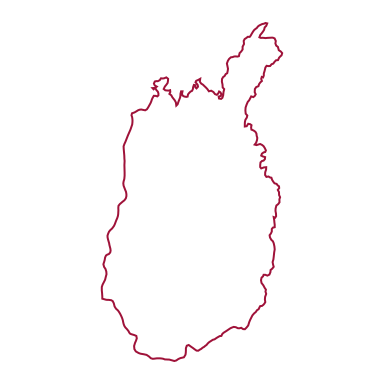 Francisco Dumont, Minas Gerais, Brazil (Equal Earth projection)
{"feature_id": "56859067B1416257735028", "entity_name": "Francisco Dumont", "entity_type": "district", "adm_level": 2, "iso_a3": "BRA", "parent_name": "Brazil", "parent_adm1": "Minas Gerais", "projection": "equal_earth", "projection_center": [-44.252, -17.434], "detail": "fine", "context": "isolated", "style": "outline", "palette": "rose", "viewbox_px": 384, "rotation_deg": 0, "n_neighbors": 0, "source": "geoboundaries", "source_scale": "gbopen_adm2", "svg_char_len": 5943}
<svg xmlns="http://www.w3.org/2000/svg" viewBox="0 0 384 384"><path d="M166.3,77.4L164.1,78.3L162.7,78.5L161.0,78.3L159.7,80.2L157.8,81.2L156.3,81.1L154.8,81.5L153.9,83.6L154.8,85.5L156.8,86.6L155.2,87.9L156.4,90.1L157.8,91.6L158.4,93.3L158.4,95.4L157.3,96.4L155.8,95.9L153.8,95.8L152.6,97.9L151.9,99.4L151.3,101.3L150.5,103.2L148.1,107.5L146.9,109.3L145.2,110.3L143.1,109.9L141.3,109.5L139.6,109.7L138.2,110.2L136.6,111.2L134.6,112.4L132.0,113.3L131.5,115.3L132.1,117.0L132.4,119.0L132.5,120.8L132.4,122.7L132.2,124.5L130.5,129.5L127.8,135.7L126.4,139.3L125.5,141.6L124.4,144.0L123.6,146.3L123.7,148.7L123.9,151.0L124.1,153.3L124.3,155.7L124.4,158.6L124.6,161.0L124.5,163.2L124.4,165.1L124.6,172.4L124.6,175.7L124.3,179.0L123.6,181.4L123.3,183.3L123.6,185.7L125.2,189.9L126.0,191.8L126.4,194.1L126.4,196.2L125.8,198.4L124.4,200.3L122.6,201.7L119.8,204.1L118.5,205.8L118.3,207.9L118.4,210.1L118.2,214.1L117.9,216.0L117.2,218.2L116.3,220.2L114.8,224.2L114.0,225.9L113.0,227.3L112.0,228.6L110.3,230.1L109.0,231.7L108.1,233.8L107.5,235.7L107.6,237.5L108.0,239.3L108.5,241.1L109.1,243.1L109.4,244.9L110.4,248.8L110.6,250.7L110.2,252.5L108.8,254.1L107.3,254.6L106.0,255.5L105.1,257.5L104.7,259.9L104.2,261.7L103.4,264.2L104.1,266.9L105.5,269.0L106.3,271.6L106.5,274.2L105.7,277.2L105.1,279.7L103.9,282.1L102.6,284.6L101.8,287.0L101.8,290.4L102.1,293.4L102.3,296.6L102.3,298.7L106.3,299.8L109.0,299.9L111.2,300.2L112.7,301.1L113.8,303.3L114.6,306.5L116.0,308.7L118.0,310.5L119.3,312.4L120.4,314.3L121.5,316.6L122.2,318.3L122.8,320.2L123.2,322.2L123.6,323.9L124.3,325.8L125.3,327.4L127.0,329.2L128.5,331.1L129.3,332.7L130.3,333.8L131.7,334.3L134.1,335.0L136.3,335.9L136.8,338.3L136.0,340.7L135.0,343.0L134.1,346.0L134.4,349.1L135.8,351.4L137.5,352.4L138.8,353.1L140.5,353.7L144.0,354.3L146.6,354.9L149.0,356.5L150.8,358.2L152.7,358.8L154.1,358.7L157.1,358.3L159.5,358.3L161.7,358.5L163.3,358.8L164.8,359.4L169.4,359.6L171.1,360.1L172.6,360.5L174.3,361.0L176.2,360.5L178.4,359.0L180.4,358.1L183.9,357.3L185.5,354.7L185.8,352.5L185.9,350.5L185.9,348.2L186.8,345.7L188.7,345.0L191.6,347.1L192.8,347.9L194.5,349.2L196.5,350.6L198.3,350.7L199.7,349.7L201.2,348.9L202.6,347.7L204.2,346.8L205.3,345.8L206.5,345.0L207.7,343.5L209.1,342.2L212.8,339.8L214.6,339.3L216.6,337.9L218.3,336.9L219.7,336.1L221.4,335.9L222.2,334.1L223.5,332.8L226.5,330.9L228.7,329.4L230.5,328.2L232.1,327.5L233.7,326.9L235.8,327.2L237.8,328.2L239.3,328.3L241.2,327.8L243.1,329.1L244.9,329.2L246.5,327.6L248.2,325.5L249.2,322.2L250.1,320.0L252.4,315.4L254.2,313.3L255.7,312.1L257.0,310.2L258.6,309.2L259.4,307.5L260.2,306.1L262.0,305.9L263.4,304.8L264.4,303.6L265.3,302.1L264.9,299.5L265.1,296.9L266.2,293.9L265.5,291.7L265.9,289.6L264.7,287.9L263.4,285.4L261.5,282.9L261.0,280.1L261.6,277.6L263.0,276.4L263.6,274.8L265.3,274.8L267.4,275.6L269.4,274.6L270.4,272.2L270.6,270.0L272.2,268.7L273.7,266.8L273.1,264.7L272.6,262.1L273.4,259.4L273.7,257.0L273.9,255.1L274.2,252.3L274.7,249.4L274.4,246.4L273.7,243.2L272.9,241.3L271.3,239.8L270.0,237.5L269.6,235.2L270.9,233.5L271.8,231.5L271.8,229.0L272.9,227.6L274.7,227.2L274.7,224.7L274.4,222.3L274.2,220.1L273.7,217.1L275.2,217.7L276.1,216.2L276.0,213.7L275.5,211.0L275.6,208.5L276.4,205.5L278.2,204.1L279.5,202.3L279.4,199.3L280.1,197.2L279.1,195.1L279.0,192.1L277.8,189.9L279.2,188.1L279.0,186.3L277.7,185.4L276.6,183.9L274.5,183.3L273.2,181.6L272.1,179.8L271.4,177.7L270.1,177.5L268.5,176.5L266.4,176.9L265.1,175.0L265.2,172.3L266.1,169.5L266.2,167.2L264.0,167.4L261.2,168.4L260.2,167.1L260.2,165.1L260.5,162.4L262.0,161.0L263.6,160.6L264.9,159.1L265.1,157.1L262.7,156.4L261.2,155.6L261.9,153.7L263.6,152.4L265.2,152.0L265.9,150.4L264.8,148.1L263.6,146.2L262.0,144.9L260.1,144.0L258.1,144.6L256.5,145.1L254.7,144.6L256.1,142.8L257.0,140.1L257.3,137.9L256.7,135.9L256.4,133.5L255.4,131.8L253.6,130.5L251.4,129.6L251.1,127.3L251.5,125.2L250.2,124.2L248.2,123.8L246.7,126.2L244.8,126.5L244.8,124.3L244.9,122.1L245.4,119.8L246.8,117.6L247.3,115.5L245.7,113.7L245.4,110.4L245.6,107.5L246.6,104.6L247.8,101.8L249.1,100.4L251.2,96.4L253.3,97.1L254.7,96.0L255.7,94.3L254.7,92.2L254.9,89.0L256.2,87.1L258.4,86.2L259.1,84.1L260.3,82.4L261.9,81.0L261.2,78.9L261.8,76.9L263.1,77.4L263.8,75.5L263.8,73.5L264.6,70.9L265.4,67.5L266.6,65.8L268.3,66.1L270.1,66.0L271.6,64.2L273.3,63.6L274.4,62.0L276.0,60.3L278.0,60.1L279.1,57.7L280.4,56.3L281.5,55.4L282.2,53.1L280.8,51.5L278.8,50.2L277.9,46.9L276.2,45.6L275.4,43.4L275.8,41.0L274.6,38.4L272.9,37.7L270.9,37.7L267.3,37.9L265.4,38.1L264.1,37.9L262.4,37.8L260.8,37.9L259.4,37.3L260.3,34.9L261.6,33.4L263.1,31.4L264.1,29.8L264.7,27.4L266.2,25.9L267.2,23.4L265.5,23.0L264.0,23.7L262.3,24.0L260.8,24.7L259.2,25.5L257.9,26.5L256.8,28.0L255.4,29.0L254.2,30.0L253.1,31.5L251.7,33.8L250.7,35.6L249.7,36.9L247.8,36.8L246.0,38.2L244.7,39.0L243.7,40.9L244.0,44.0L242.6,46.7L242.6,49.5L241.2,51.5L239.6,53.1L238.9,56.2L237.3,56.6L235.9,56.4L234.1,56.5L232.6,57.1L230.9,57.3L229.1,58.9L227.9,60.8L226.9,63.5L227.5,66.4L228.0,68.8L227.7,70.9L227.2,73.2L225.7,74.1L224.6,76.0L223.1,77.1L222.0,79.0L221.9,81.7L222.5,84.5L222.7,87.5L224.2,89.1L223.5,92.0L223.2,95.2L222.4,97.8L221.1,98.9L219.0,98.5L218.7,96.5L220.7,96.0L221.4,94.1L220.4,92.3L219.1,91.5L218.2,93.5L216.8,94.8L215.0,94.1L213.4,92.0L211.2,90.7L208.9,91.3L207.3,89.0L205.7,87.3L204.4,86.1L203.1,84.8L201.1,83.5L199.8,81.6L200.2,78.8L198.3,79.9L196.2,80.8L195.5,82.3L196.7,83.6L197.7,85.0L198.0,86.7L196.5,88.4L195.4,87.4L195.3,85.2L193.9,84.9L193.1,87.2L192.9,89.0L192.1,90.8L190.5,91.6L189.2,92.9L188.0,94.4L187.6,96.6L186.3,96.9L184.2,96.5L182.5,95.5L182.0,93.7L182.5,91.3L181.1,91.3L180.5,93.7L180.4,95.7L180.1,97.5L179.5,99.1L178.5,101.6L177.6,104.3L176.3,105.6L175.9,102.5L174.8,100.4L172.3,97.2L171.3,95.3L169.4,93.9L170.3,92.0L170.1,90.2L168.7,90.6L167.0,90.5L165.3,90.3L163.7,89.0L164.9,86.5L166.3,84.8L167.6,83.0L168.0,80.7L168.1,78.8L166.3,77.4ZM155.2,87.9L152.5,88.1L153.6,89.3L155.2,87.9Z" fill="none" stroke="#9f1239" stroke-width="2"/></svg>